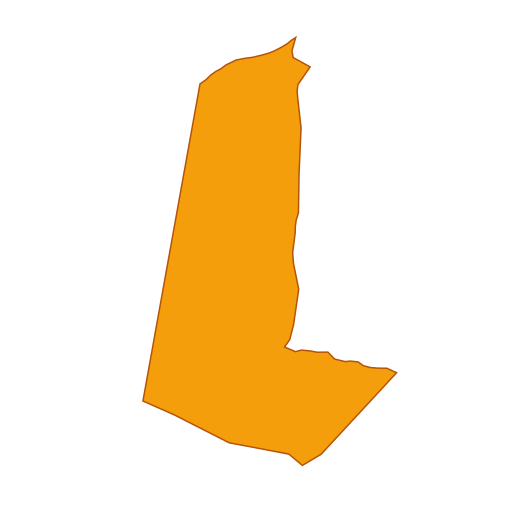 Caiçara do Norte, Rio Grande do Norte, Brazil (Albers equal-area conic projection), rotated 354°
{"feature_id": "56859067B38077643015852", "entity_name": "Caiçara do Norte", "entity_type": "district", "adm_level": 2, "iso_a3": "BRA", "parent_name": "Brazil", "parent_adm1": "Rio Grande do Norte", "projection": "albers", "projection_center": [-36.055, -5.18], "detail": "fine", "context": "isolated", "style": "filled", "palette": "amber", "viewbox_px": 512, "rotation_deg": 354, "n_neighbors": 0, "source": "geoboundaries", "source_scale": "gbopen_adm2", "svg_char_len": 834}
<svg xmlns="http://www.w3.org/2000/svg" viewBox="0 0 512 512"><g transform="rotate(354 256 256)"><path d="M383.6,386.8L374.3,381.3L365.7,380.3L358.2,378.9L351.3,376.3L346.5,372.0L339.0,370.4L333.5,370.3L323.4,366.7L317.4,359.1L306.8,358.1L300.1,356.1L291.2,354.3L285.3,355.3L280.5,352.6L274.9,349.5L280.8,342.7L286.3,327.9L295.0,293.5L292.5,267.3L292.8,256.6L297.4,237.0L298.2,230.8L299.6,224.8L302.7,217.6L307.3,179.4L314.2,133.4L314.0,102.1L314.2,95.9L315.7,89.8L329.6,73.6L313.7,62.5L313.2,55.8L318.3,42.9L313.5,45.3L309.2,48.2L302.5,51.3L295.5,54.0L289.9,55.6L282.7,56.8L273.8,58.0L264.9,58.3L256.7,59.0L246.2,62.8L240.6,66.1L235.2,68.3L229.8,71.4L224.8,75.4L218.3,79.0L128.4,388.4L158.0,405.4L209.8,439.0L243.3,449.0L268.0,456.5L280.2,469.1L300.0,460.0L383.6,386.8Z" fill="#f59e0b" stroke="#b45309" stroke-width="1.5"/></g></svg>